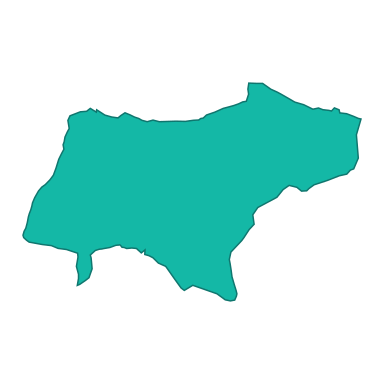 Olamaboro, Kogi, Nigeria (orthographic projection)
{"feature_id": "59680162B45171834970391", "entity_name": "Olamaboro", "entity_type": "district", "adm_level": 2, "iso_a3": "NGA", "parent_name": "Nigeria", "parent_adm1": "Kogi", "projection": "orthographic", "projection_center": [7.511, 7.182], "detail": "fine", "context": "isolated", "style": "filled", "palette": "teal", "viewbox_px": 384, "rotation_deg": 0, "n_neighbors": 0, "source": "geoboundaries", "source_scale": "gbopen_adm2", "svg_char_len": 2238}
<svg xmlns="http://www.w3.org/2000/svg" viewBox="0 0 384 384"><path d="M339.8,112.9L339.1,109.8L334.4,107.9L331.5,111.0L329.0,110.4L322.9,109.7L318.5,108.0L312.9,109.2L303.7,104.7L294.8,102.1L281.1,94.2L277.4,92.2L270.8,89.2L262.6,83.4L256.3,83.4L248.8,83.1L247.9,89.1L248.6,94.2L246.3,101.3L242.7,101.9L238.7,103.8L233.6,105.6L228.1,107.1L223.2,108.4L214.7,112.2L206.5,115.0L203.2,118.1L200.7,118.5L198.7,120.0L193.3,120.3L185.4,121.4L175.9,121.2L166.2,121.5L159.3,121.7L153.0,120.1L147.2,121.7L141.9,120.3L138.8,118.5L134.6,117.1L130.1,114.9L125.0,112.8L120.9,115.5L118.0,117.9L111.7,117.0L104.9,115.1L96.7,109.8L96.3,112.1L90.3,108.4L86.6,111.3L80.4,111.8L70.0,115.8L67.9,120.4L69.2,128.5L67.4,131.8L65.0,137.0L64.3,141.0L64.1,142.0L63.1,144.8L63.9,149.2L61.4,153.9L58.8,159.2L58.6,159.8L56.0,168.2L53.4,175.2L49.9,179.9L45.2,184.7L41.8,187.1L38.5,191.0L34.7,197.7L32.5,202.9L31.9,205.9L30.8,209.8L29.3,213.7L28.4,216.8L27.3,222.6L25.8,228.2L24.1,231.3L23.0,235.2L23.7,237.6L26.5,240.2L29.1,242.1L42.2,244.5L51.4,245.6L58.1,248.4L66.5,249.5L77.6,253.2L78.0,257.0L76.4,266.4L78.5,274.2L78.5,278.5L77.3,285.4L79.7,284.4L85.4,280.5L89.0,277.7L89.8,275.3L92.1,268.8L91.8,265.3L91.5,261.9L91.1,257.9L90.3,255.0L95.3,250.5L96.8,250.0L99.4,249.2L101.8,249.0L103.5,248.6L109.9,247.5L115.0,245.6L116.0,245.3L117.7,245.1L118.4,245.1L119.8,244.8L120.4,245.4L121.4,246.4L121.7,247.0L122.2,247.3L122.4,247.3L124.2,247.5L126.7,248.5L131.8,248.0L136.5,248.5L138.5,250.4L138.9,250.7L141.3,252.9L145.0,249.9L144.8,254.5L149.0,255.7L152.9,257.7L158.4,263.1L165.6,266.3L166.4,267.3L174.4,278.7L177.7,283.3L181.1,288.0L184.3,290.4L192.8,285.3L217.0,293.8L225.2,299.8L230.4,300.9L233.5,300.3L234.7,300.1L236.4,296.2L236.9,293.8L236.1,290.5L234.2,284.4L232.0,276.8L231.2,270.7L230.1,263.6L229.3,259.5L230.9,252.1L236.9,245.7L239.1,243.4L241.8,240.5L244.0,237.5L249.2,229.5L251.4,227.2L253.2,225.2L254.1,224.3L252.8,214.8L257.8,207.5L276.9,197.3L283.1,189.6L289.1,185.4L296.9,187.3L301.5,191.1L306.7,190.8L309.0,188.5L314.1,184.8L327.5,180.4L339.2,175.8L346.8,174.1L350.4,170.1L353.7,168.9L356.2,163.0L358.3,158.1L356.4,134.8L357.5,131.0L361.0,119.0L358.3,118.4L353.7,116.4L346.6,113.7L339.8,112.9Z" fill="#14b8a6" stroke="#0f766e" stroke-width="1.5"/></svg>